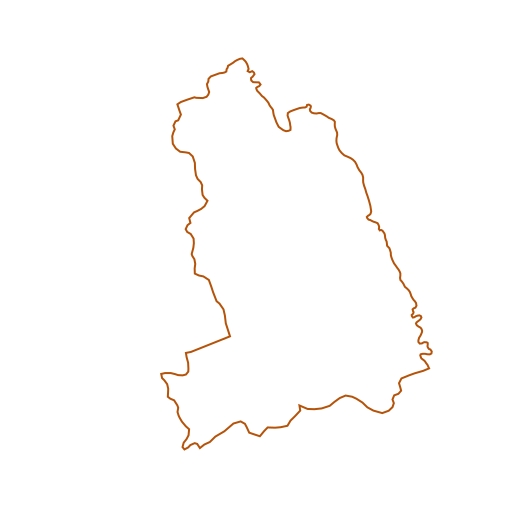 outline of Stolin, Brest, Belarus, rotated 70°
{"feature_id": "67162791B20391469538668", "entity_name": "Stolin", "entity_type": "district", "adm_level": 2, "iso_a3": "BLR", "parent_name": "Belarus", "parent_adm1": "Brest", "projection": "mercator", "projection_center": [26.983, 51.876], "detail": "fine", "context": "isolated", "style": "outline", "palette": "amber", "viewbox_px": 512, "rotation_deg": 70, "n_neighbors": 0, "source": "geoboundaries", "source_scale": "gbopen_adm2", "svg_char_len": 4859}
<svg xmlns="http://www.w3.org/2000/svg" viewBox="0 0 512 512"><g transform="rotate(70 256 256)"><path d="M420.5,275.5L419.7,273.8L416.4,267.3L411.3,266.3L417.4,259.8L419.9,253.6L421.7,246.4L422.0,238.0L419.9,232.1L418.1,225.8L417.8,219.5L421.1,213.8L424.4,210.5L430.1,206.1L436.3,203.1L441.4,198.6L446.8,191.1L446.8,184.2L444.7,179.4L441.4,176.8L437.5,176.8L434.2,173.8L434.2,169.3L432.2,165.7L429.2,165.4L424.4,165.1L420.8,161.2L420.5,152.8L420.5,147.2L421.1,138.2L420.8,131.8L418.3,132.0L416.8,132.1L415.2,132.7L412.9,133.2L411.6,133.8L408.8,135.6L407.3,135.7L405.5,135.6L404.7,134.9L404.9,132.8L405.7,130.6L406.9,128.7L407.9,126.3L407.6,124.5L405.8,123.5L403.5,124.1L402.6,125.2L400.7,125.8L399.4,125.7L397.7,124.8L396.5,124.4L395.5,125.1L394.5,127.4L394.6,128.7L394.9,130.0L394.3,132.1L392.3,132.8L390.7,132.2L388.6,130.7L387.1,128.7L385.8,127.4L384.1,125.9L382.8,125.4L380.8,125.5L379.5,126.0L377.9,127.4L376.1,128.6L374.2,128.8L373.3,127.9L372.4,125.0L371.7,123.1L370.4,121.6L368.9,121.6L367.7,122.7L367.3,124.5L367.3,126.7L367.7,128.0L367.5,129.6L365.8,130.1L364.7,129.9L363.9,128.0L362.6,127.1L361.6,127.3L359.7,127.1L359.1,125.7L359.1,123.9L357.6,122.2L354.9,121.7L352.8,122.2L351.3,122.9L349.6,123.3L346.9,123.8L345.3,123.7L342.4,123.7L340.2,124.3L337.9,125.4L335.9,126.6L332.4,127.0L329.8,127.7L328.0,128.5L325.8,128.1L323.9,127.1L321.7,126.3L319.8,126.3L317.5,126.7L314.9,127.5L312.5,128.1L310.2,128.8L306.1,129.2L303.8,129.2L301.4,129.0L298.9,128.2L296.0,128.0L294.2,128.0L293.1,128.5L291.2,129.3L289.3,128.8L287.1,128.3L285.1,128.5L283.1,128.4L280.4,127.7L278.7,127.6L275.5,128.5L274.3,129.6L274.3,130.9L272.6,131.3L270.8,130.3L269.0,130.2L266.8,130.5L265.2,132.2L264.0,133.8L262.5,135.3L261.4,136.2L260.3,137.8L258.4,138.5L257.2,138.5L256.5,137.0L256.2,135.3L255.5,133.9L253.5,132.5L248.1,131.4L242.5,130.9L237.7,130.7L234.3,130.7L230.5,130.4L227.0,130.4L223.6,130.1L221.6,129.5L219.0,128.5L216.3,128.2L213.8,128.6L210.8,129.6L207.0,130.2L204.7,130.2L201.4,130.7L198.6,132.0L196.4,133.6L194.1,135.9L191.6,138.6L188.4,140.3L185.2,141.4L182.7,141.7L181.8,141.7L180.2,141.7L177.5,141.6L175.4,141.1L173.2,140.2L171.8,139.4L170.1,138.3L167.7,137.6L163.6,137.8L161.2,137.6L159.3,137.0L156.8,136.0L155.2,136.4L153.1,138.1L150.9,140.5L149.6,141.3L147.9,142.7L145.9,144.4L143.8,146.3L143.2,147.9L142.8,150.4L141.7,152.8L140.3,154.6L138.3,155.5L136.5,155.2L135.7,154.2L134.3,153.3L133.4,153.3L131.8,154.6L131.5,156.3L133.0,157.4L133.2,159.1L132.4,161.7L131.9,164.4L131.8,168.9L131.8,172.1L131.9,174.6L132.6,177.2L134.9,178.3L137.3,178.4L140.0,178.4L142.4,178.6L145.1,179.2L146.5,179.4L147.9,179.9L149.3,180.5L149.5,182.5L149.0,185.1L147.1,187.3L145.1,188.7L142.4,190.5L137.5,191.1L134.1,191.1L129.6,191.1L127.7,190.8L124.5,190.1L122.8,190.5L120.9,191.2L119.0,191.7L116.4,191.9L114.4,192.5L111.5,193.6L109.6,194.4L107.7,195.7L104.6,196.8L101.1,198.4L99.2,198.5L98.2,198.4L97.6,196.9L97.5,194.9L96.4,193.1L94.9,193.5L93.8,193.9L93.0,196.0L92.2,198.0L91.6,199.3L89.5,200.4L87.8,200.1L86.9,199.6L86.4,197.9L84.6,195.2L82.9,195.2L81.0,196.3L81.2,199.0L79.4,200.6L77.7,199.0L74.8,198.7L72.6,198.7L69.9,199.2L68.4,199.8L65.7,201.2L65.2,203.7L65.4,206.7L65.7,208.8L66.6,211.6L67.2,214.5L67.7,217.2L69.5,218.4L70.4,219.7L72.5,220.8L72.8,222.6L72.6,224.6L71.8,227.8L71.8,230.5L71.8,233.9L71.8,237.0L73.3,240.0L75.8,241.2L77.7,243.3L80.5,243.8L84.0,243.9L85.9,243.9L88.1,245.7L89.5,248.0L89.4,252.0L86.9,258.1L85.8,259.6L85.6,266.7L85.6,270.3L85.6,274.0L86.6,278.0L93.2,278.2L97.4,278.2L98.7,279.5L101.9,282.7L101.9,285.6L105.3,289.0L109.2,289.0L111.6,291.4L114.7,293.7L122.1,295.8L127.6,294.5L132.1,291.6L134.7,286.4L136.3,283.7L140.8,281.4L147.6,281.6L153.4,283.5L159.7,284.8L163.6,284.5L167.6,282.7L171.2,282.4L174.9,284.0L180.4,285.3L183.8,284.5L187.5,282.7L191.5,287.2L193.0,291.4L193.6,295.8L193.8,299.3L197.5,305.8L202.5,306.3L203.6,309.8L206.7,312.9L209.9,312.4L213.0,309.8L218.3,308.7L222.7,310.0L226.9,312.1L232.2,315.8L234.3,315.8L238.0,315.0L242.7,315.8L246.7,317.9L251.6,319.5L254.8,316.3L257.2,312.4L262.4,308.5L269.5,308.5L275.3,308.7L285.0,308.5L288.2,306.6L295.0,304.8L301.3,305.6L308.9,307.4L322.6,307.9L323.9,350.0L323.1,355.0L327.3,355.8L333.1,356.3L338.9,358.1L341.5,359.2L343.4,362.3L343.1,365.7L341.3,369.9L339.2,372.6L336.8,376.2L334.9,381.5L334.4,385.4L338.6,386.0L341.3,384.7L346.0,383.3L350.7,383.9L354.4,385.4L358.1,387.0L360.7,385.4L363.6,382.3L369.4,381.0L372.0,381.0L375.7,383.1L379.4,383.3L381.7,383.1L386.2,382.3L392.0,380.2L395.9,378.1L401.4,380.7L404.3,383.9L406.7,387.8L410.4,390.4L413.3,389.4L412.7,385.2L411.2,382.3L410.9,377.6L412.5,375.5L417.3,374.4L415.5,369.1L415.0,363.0L411.8,356.0L409.9,345.7L405.7,334.5L406.2,327.0L409.9,323.8L413.6,323.3L419.7,322.8L423.4,318.2L426.7,314.0L423.4,308.4L421.1,303.7L423.9,296.7L425.3,291.5L426.3,284.5L422.5,279.9L420.5,275.5Z" fill="none" stroke="#b45309" stroke-width="2"/></g></svg>